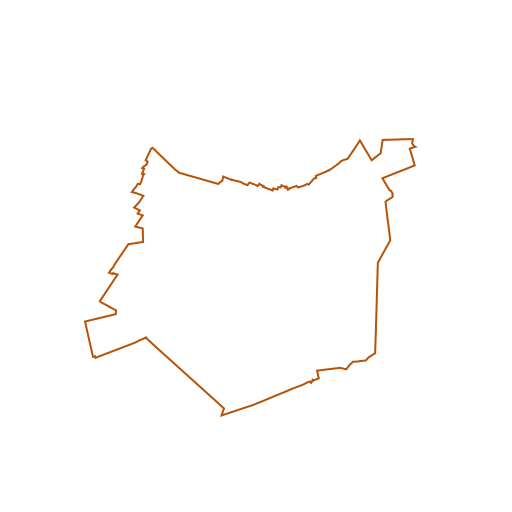 Hilvarenbeek, Noord-Brabant, Netherlands, rotated 339°
{"feature_id": "6326949B90025582046191", "entity_name": "Hilvarenbeek", "entity_type": "district", "adm_level": 2, "iso_a3": "NLD", "parent_name": "Netherlands", "parent_adm1": "Noord-Brabant", "projection": "robinson", "projection_center": [5.159, 51.487], "detail": "fine", "context": "isolated", "style": "outline", "palette": "amber", "viewbox_px": 512, "rotation_deg": 339, "n_neighbors": 0, "source": "geoboundaries", "source_scale": "gbopen_adm2", "svg_char_len": 5442}
<svg xmlns="http://www.w3.org/2000/svg" viewBox="0 0 512 512"><g transform="rotate(339 256 256)"><path d="M69.5,293.5L78.8,293.5L111.5,293.5L112.0,293.5L112.5,293.4L113.8,293.4L114.5,293.3L115.7,293.2L116.7,293.0L117.0,292.9L117.4,292.9L118.0,292.9L118.5,292.9L119.5,292.9L120.2,292.9L120.8,292.9L121.3,292.9L121.7,292.8L122.0,292.7L122.6,292.9L122.7,293.0L122.9,293.0L123.1,293.0L123.1,292.9L123.1,292.7L123.6,292.7L123.8,292.5L124.0,292.6L124.3,292.9L124.5,293.0L124.5,293.3L124.5,293.5L124.3,293.7L124.4,293.8L128.0,301.2L132.6,310.3L152.8,350.0L158.5,361.2L162.4,368.9L171.5,386.8L166.7,392.5L193.0,393.7L193.3,393.7L199.2,394.0L201.7,394.0L218.2,393.6L240.5,393.0L240.5,392.9L240.8,392.9L243.2,392.9L253.0,393.0L260.5,392.3L261.9,394.0L262.0,393.8L262.4,393.7L262.6,393.5L262.6,393.3L262.3,393.0L262.4,392.8L262.7,392.8L263.0,392.9L263.5,393.1L263.8,393.3L264.0,393.2L264.0,392.9L264.2,392.7L264.6,392.7L264.9,392.6L265.0,392.5L265.0,392.2L265.1,392.3L265.1,392.5L265.1,392.8L270.4,392.7L270.8,392.7L271.9,384.9L291.9,389.9L294.6,390.6L296.4,391.9L299.6,394.1L303.8,391.6L305.6,390.6L306.5,390.5L307.5,390.0L308.0,389.7L308.4,389.4L310.8,390.2L313.5,391.0L315.0,391.3L317.8,392.0L319.4,392.4L321.1,392.9L321.5,392.7L322.9,391.9L324.3,391.3L325.1,390.9L326.4,390.7L329.6,390.0L330.8,389.7L332.3,389.5L332.4,389.2L332.5,389.2L333.3,387.2L342.0,366.7L343.6,362.5L344.3,361.1L352.2,342.2L367.3,306.0L386.5,289.8L387.0,289.3L389.7,278.6L390.5,275.3L391.8,270.0L391.9,269.2L392.9,265.4L395.1,256.6L396.0,253.1L396.3,251.9L397.7,251.2L398.8,251.0L402.0,250.4L402.4,250.3L402.5,250.2L404.7,249.8L404.9,249.4L405.1,248.9L405.2,248.1L405.5,248.1L405.9,246.9L405.9,246.7L405.6,245.1L405.5,243.7L404.2,242.5L403.9,240.4L402.9,234.6L402.6,233.2L402.1,229.8L401.9,228.7L402.3,228.7L412.9,228.6L418.3,228.5L423.6,228.5L436.6,228.3L438.1,210.8L443.8,211.1L443.0,210.2L442.1,206.9L442.5,206.2L442.7,205.8L443.1,205.1L443.4,204.7L444.3,203.1L442.6,202.4L438.1,200.8L423.5,195.7L415.8,193.0L413.7,196.8L412.6,198.7L409.2,204.7L398.3,208.1L394.7,187.1L394.4,185.4L394.0,185.8L393.6,186.0L392.9,186.5L390.1,188.5L388.6,189.5L386.5,191.1L385.3,191.9L376.4,198.1L373.8,197.9L372.5,197.8L371.1,197.8L369.8,197.8L369.5,197.9L368.4,198.4L366.2,199.3L364.9,199.6L364.2,199.8L363.9,199.9L363.4,200.1L361.5,200.5L360.2,200.9L357.4,201.6L356.5,201.8L356.4,201.8L355.6,202.1L355.3,202.1L354.6,202.3L354.3,202.0L354.2,201.9L353.5,202.0L353.3,202.1L353.0,202.2L352.7,202.3L341.6,202.6L340.4,202.8L340.4,203.6L340.4,204.4L340.2,204.8L339.7,204.8L338.8,204.5L338.7,204.5L338.3,204.5L337.8,204.6L337.4,204.8L336.6,205.1L335.3,205.8L335.2,205.9L335.1,206.0L330.7,208.3L329.8,207.1L326.6,207.4L326.2,207.5L319.8,207.1L319.0,205.1L311.1,204.9L311.0,205.2L311.0,205.3L310.2,205.6L309.5,205.5L309.6,205.3L309.9,205.2L310.0,205.0L309.7,204.7L309.8,204.2L307.9,202.7L308.4,202.3L308.7,202.1L309.0,202.0L306.7,200.8L305.4,199.4L305.2,199.1L304.7,199.6L303.6,200.7L301.5,199.7L299.9,201.6L296.3,199.1L296.2,199.2L296.1,199.3L296.0,199.5L296.0,199.8L295.9,199.8L295.6,200.0L295.4,200.3L295.4,200.5L295.1,200.8L294.9,200.8L294.9,200.7L291.3,197.5L287.5,194.0L287.9,193.8L288.2,193.6L287.9,193.3L286.2,191.4L285.0,190.0L284.9,190.0L284.9,189.9L284.7,190.0L282.5,191.3L282.1,190.7L281.8,190.2L281.4,189.8L276.4,185.2L276.2,185.1L275.8,185.3L275.7,185.3L275.1,185.7L273.5,186.8L273.3,186.6L273.2,186.6L270.8,184.5L270.4,184.1L269.4,182.8L268.3,181.5L268.0,181.2L267.7,181.0L267.5,180.8L267.3,180.7L264.8,179.1L264.3,178.8L260.8,176.1L260.7,176.0L260.5,176.3L260.3,176.1L260.1,176.0L260.1,175.9L258.3,174.2L256.1,172.2L255.6,171.7L255.1,171.3L254.3,170.5L253.9,170.1L252.5,172.2L251.5,173.6L251.3,173.4L246.6,175.2L235.4,166.8L229.2,162.1L219.7,155.0L215.4,151.7L214.6,151.1L214.1,150.6L213.3,149.7L213.3,149.2L212.6,148.1L211.7,146.8L210.6,144.4L208.8,140.5L208.4,139.8L206.8,136.4L203.9,130.2L199.6,120.9L199.1,119.9L198.6,118.9L198.4,118.7L198.0,117.9L196.7,118.3L196.4,118.3L196.2,118.5L195.0,119.7L194.0,120.7L192.4,122.1L190.9,123.6L188.9,125.5L187.3,127.0L188.3,128.4L188.5,128.7L188.5,129.1L188.4,129.4L188.3,129.7L186.3,131.7L186.0,131.7L184.9,131.8L184.4,131.9L183.5,132.1L183.0,132.3L182.5,132.5L182.0,132.8L181.3,133.2L182.8,134.4L182.3,134.9L181.9,135.4L181.4,136.0L180.0,137.4L179.1,138.3L180.9,139.3L179.5,140.3L177.9,142.4L177.5,142.9L176.4,144.2L175.7,145.2L175.3,145.6L174.7,146.2L174.3,146.5L174.0,146.9L173.7,147.2L173.5,147.4L172.3,146.7L171.4,146.3L169.5,147.9L169.3,148.1L169.2,148.1L168.6,148.5L168.2,148.7L167.8,148.9L167.1,149.3L166.9,149.3L166.4,149.6L166.1,149.8L165.4,150.2L164.8,150.6L164.7,150.8L164.1,151.2L163.7,151.5L163.4,151.7L163.1,151.8L163.3,152.0L164.9,153.1L166.3,154.1L166.8,154.5L167.5,155.0L168.5,155.9L169.4,156.7L170.3,157.5L172.4,159.5L165.7,164.2L159.6,167.1L163.9,171.8L160.7,174.0L164.8,177.5L153.8,185.2L160.1,189.6L159.5,191.5L157.0,198.4L155.8,201.9L155.6,202.4L141.7,199.4L141.3,199.3L141.2,199.2L133.9,204.2L126.0,209.7L122.2,212.3L122.0,212.6L120.1,213.9L119.5,214.3L119.3,214.5L119.0,215.2L118.5,215.5L117.7,215.9L116.9,216.1L115.8,216.9L115.7,216.8L112.8,218.9L115.6,221.4L116.5,220.8L120.1,223.8L118.0,225.2L109.7,231.1L104.7,234.6L104.5,234.8L101.0,237.3L93.3,242.7L93.7,242.5L96.4,245.6L96.9,246.1L98.1,247.5L99.5,249.1L100.9,250.7L100.7,250.8L105.9,256.6L104.5,259.4L104.2,260.0L97.8,259.2L85.7,257.6L72.9,255.9L72.2,261.1L71.9,262.7L67.7,291.6L69.7,291.8L69.5,293.5Z" fill="none" stroke="#b45309" stroke-width="2"/></g></svg>